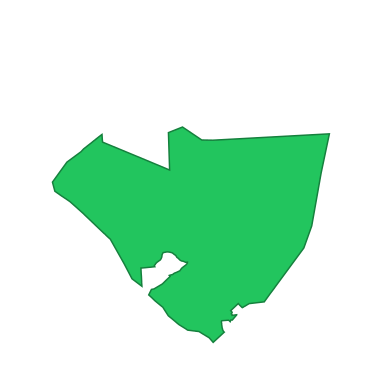 Santo Tomás Jalieza, Oaxaca, Mexico, rotated 301°
{"feature_id": "50627088B89424394811224", "entity_name": "Santo Tomás Jalieza", "entity_type": "district", "adm_level": 2, "iso_a3": "MEX", "parent_name": "Mexico", "parent_adm1": "Oaxaca", "projection": "mercator", "projection_center": [-96.659, 16.876], "detail": "fine", "context": "isolated", "style": "filled", "palette": "green", "viewbox_px": 384, "rotation_deg": 301, "n_neighbors": 0, "source": "geoboundaries", "source_scale": "gbopen_adm2", "svg_char_len": 2940}
<svg xmlns="http://www.w3.org/2000/svg" viewBox="0 0 384 384"><g transform="rotate(301 192 192)"><path d="M120.9,92.3L117.5,110.2L117.1,111.7L111.1,138.4L111.1,139.1L110.6,140.7L109.8,144.5L109.5,146.3L108.5,148.0L95.6,170.7L86.7,185.3L85.4,197.6L86.3,197.0L88.4,195.5L89.4,194.9L91.8,193.3L93.9,191.9L95.6,190.7L96.3,190.2L100.5,187.4L103.4,191.4L105.2,193.8L106.2,195.2L108.6,198.3L108.8,198.6L109.5,197.6L111.0,197.8L111.9,197.8L113.0,198.0L114.2,198.4L115.1,198.8L116.3,199.3L117.1,199.7L117.4,199.8L118.1,199.9L119.4,199.8L120.7,199.6L121.6,199.2L123.0,198.6L125.2,198.5L125.6,198.9L126.4,199.9L127.0,200.5L127.6,201.2L128.2,202.1L129.0,204.0L129.7,206.5L129.5,207.9L129.3,209.1L129.3,210.6L128.7,211.8L128.2,212.7L128.1,214.2L127.7,215.7L127.4,217.1L127.5,218.2L127.5,218.6L128.1,220.1L128.3,221.4L128.4,222.8L129.5,224.2L128.5,224.7L126.5,224.4L123.0,223.0L121.3,222.4L120.3,222.3L118.3,222.2L116.8,221.2L115.0,220.0L113.5,218.8L112.3,218.2L111.4,218.0L110.5,217.1L109.6,216.2L108.8,215.5L108.4,216.7L107.3,216.5L106.4,216.2L105.0,215.8L103.5,215.4L102.8,215.2L100.8,214.7L100.4,214.6L99.2,214.3L97.9,213.9L97.0,213.5L96.0,212.9L95.6,212.7L92.8,211.2L91.5,210.5L89.3,209.3L87.6,207.4L81.5,207.9L80.8,211.5L79.7,216.1L78.6,223.4L78.2,226.4L77.1,228.5L74.8,233.2L73.7,235.4L73.5,236.7L73.1,239.7L72.5,243.6L71.9,247.0L71.6,249.3L71.5,257.0L71.5,257.4L71.4,257.9L71.4,259.5L72.6,262.2L73.6,264.5L74.3,266.0L74.7,267.1L75.1,267.9L76.0,269.9L75.9,274.4L75.9,281.8L74.0,287.6L88.4,291.8L88.4,291.7L88.5,291.6L88.6,291.4L88.6,291.2L88.8,290.9L88.8,290.7L89.0,290.4L89.2,289.9L89.7,289.3L90.6,288.4L91.3,287.6L91.7,287.3L92.4,286.8L93.4,285.9L94.5,285.2L95.3,284.5L95.7,284.1L96.8,283.8L97.0,283.8L100.9,289.3L100.9,289.7L100.9,290.0L100.5,291.5L102.0,291.3L102.2,291.2L102.3,291.3L102.6,291.8L103.0,292.5L109.6,293.6L109.8,293.5L106.9,289.9L107.6,289.4L107.8,288.9L107.8,288.4L108.1,288.3L108.7,288.4L109.2,288.5L109.3,288.4L109.6,288.3L109.8,287.8L110.2,286.3L119.8,289.0L120.2,289.1L119.6,291.0L118.9,294.0L118.8,294.3L118.8,294.7L119.3,295.0L119.8,295.3L120.0,295.4L120.6,295.6L121.1,296.0L121.8,296.4L123.4,297.2L124.5,297.8L125.8,298.5L134.5,309.8L135.0,310.5L145.6,311.4L147.4,311.6L152.3,312.1L152.6,312.1L153.9,312.2L201.6,316.7L224.6,312.1L274.8,292.9L312.6,279.8L247.2,183.3L241.6,173.6L242.8,150.4L230.8,141.2L199.3,161.5L196.8,144.3L196.5,142.4L196.5,142.2L193.5,121.9L188.7,89.7L190.5,88.3L195.0,85.2L194.4,84.9L193.7,84.7L193.4,84.6L193.2,84.5L193.0,84.4L192.9,84.4L192.7,84.3L192.0,84.0L191.7,83.9L191.0,83.6L190.6,83.5L190.1,83.3L189.9,83.2L189.2,83.0L188.9,82.8L188.6,82.8L188.6,82.7L187.8,82.4L186.5,82.0L186.4,81.9L186.1,81.8L185.7,81.7L185.4,81.5L184.9,81.3L184.7,81.3L183.8,80.9L183.7,80.9L183.1,80.7L182.6,80.5L181.7,80.2L181.1,79.9L180.7,79.8L180.5,79.7L180.2,79.6L178.4,78.9L173.1,76.9L169.3,76.1L153.2,69.4L128.6,67.3L122.0,74.1L121.4,82.5L120.9,92.3Z" fill="#22c55e" stroke="#15803d" stroke-width="1.5"/></g></svg>